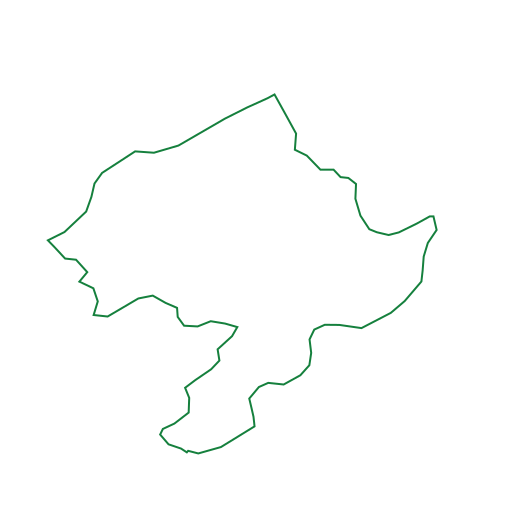 the district of Ronneby, Blekinge, Sweden, rotated 151°
{"feature_id": "70781695B61980194146420", "entity_name": "Ronneby", "entity_type": "district", "adm_level": 2, "iso_a3": "SWE", "parent_name": "Sweden", "parent_adm1": "Blekinge", "projection": "robinson", "projection_center": [15.274, 56.332], "detail": "fine", "context": "isolated", "style": "outline", "palette": "green", "viewbox_px": 512, "rotation_deg": 151, "n_neighbors": 0, "source": "geoboundaries", "source_scale": "gbopen_adm2", "svg_char_len": 1253}
<svg xmlns="http://www.w3.org/2000/svg" viewBox="0 0 512 512"><g transform="rotate(151 256 256)"><path d="M161.5,388.3L169.4,388.4L191.6,390.2L216.6,391.2L270.3,390.2L295.2,395.8L311.0,406.1L350.3,403.3L362.1,397.7L371.3,387.5L383.0,377.2L411.9,369.8L430.4,370.6L428.0,361.7L424.2,346.3L415.2,340.0L411.4,323.7L422.9,319.2L413.9,306.6L416.4,293.0L426.6,283.1L415.1,275.0L379.5,275.9L365.5,271.4L357.8,258.8L350.2,248.9L354.0,240.7L352.7,229.9L341.2,222.7L327.2,220.9L315.8,211.9L306.8,202.9L315.8,197.5L334.8,193.0L338.7,182.3L350.1,178.7L369.2,176.9L381.9,175.1L383.2,164.3L390.8,151.7L408.6,149.0L421.3,149.9L426.4,146.3L423.8,133.7L414.9,123.9L411.7,117.8L409.8,118.5L402.2,111.3L379.3,105.9L339.9,107.7L338.6,110.7L336.1,116.7L333.5,125.7L331.0,134.6L317.0,140.0L306.8,139.1L294.1,130.2L275.0,130.2L262.3,134.6L254.7,144.5L249.6,157.1L240.7,163.4L229.2,162.5L216.5,155.3L198.7,141.8L165.7,140.9L147.8,144.5L123.7,153.5L117.3,162.5L109.6,174.2L99.4,184.1L85.4,191.2L81.6,204.6L84.9,206.4L99.5,206.4L119.7,207.4L129.9,210.1L138.8,218.2L143.9,224.5L145.1,240.7L141.3,257.9L133.6,270.5L137.4,279.5L143.8,284.0L146.3,293.9L157.8,300.3L162.9,319.2L170.5,330.1L161.6,343.6L161.5,366.2L161.5,388.3Z" fill="none" stroke="#15803d" stroke-width="2"/></g></svg>